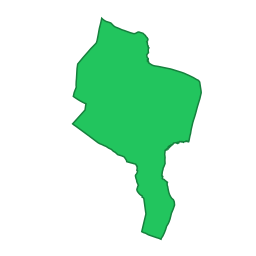 outline of Ban Dan, Buri Ram, Thailand, rotated 193°
{"feature_id": "78962969B34946496747939", "entity_name": "Ban Dan", "entity_type": "district", "adm_level": 2, "iso_a3": "THA", "parent_name": "Thailand", "parent_adm1": "Buri Ram", "projection": "albers", "projection_center": [103.173, 15.139], "detail": "fine", "context": "isolated", "style": "filled", "palette": "green", "viewbox_px": 256, "rotation_deg": 193, "n_neighbors": 0, "source": "geoboundaries", "source_scale": "gbopen_adm2", "svg_char_len": 5100}
<svg xmlns="http://www.w3.org/2000/svg" viewBox="0 0 256 256"><g transform="rotate(193 128 128)"><path d="M187.6,156.1L188.3,151.3L188.4,150.4L188.4,147.9L188.4,146.5L187.7,146.2L186.2,145.6L183.5,144.6L181.1,143.8L178.3,143.0L175.8,142.4L174.4,142.2L174.3,140.0L173.9,135.9L182.9,119.6L182.3,119.3L181.7,119.0L180.6,118.5L179.9,118.3L165.1,111.9L154.1,107.0L152.2,106.4L149.5,106.0L147.5,105.5L146.8,105.4L145.4,105.2L144.8,105.0L143.2,104.4L142.4,104.1L140.7,103.7L139.3,103.4L138.0,102.6L137.1,102.1L135.7,101.6L134.8,101.4L133.6,100.6L131.9,99.7L128.6,99.5L127.4,99.4L125.6,99.0L125.2,98.9L124.8,98.6L122.2,96.1L121.6,94.9L119.0,94.8L117.1,94.7L115.9,94.7L114.7,94.6L112.3,94.5L111.6,93.6L111.0,92.9L110.9,92.8L110.4,92.8L110.4,92.7L110.2,91.3L109.9,90.5L109.9,89.4L109.9,89.0L109.8,88.7L109.1,88.5L109.1,88.4L109.0,87.4L109.1,86.2L109.2,85.6L109.4,85.1L109.8,84.4L109.9,84.1L110.0,83.8L110.0,83.0L109.8,82.6L109.0,80.9L107.9,79.2L107.6,78.3L107.1,77.3L105.0,74.5L105.2,74.0L105.3,73.5L105.4,72.6L105.4,71.7L105.5,71.1L105.5,70.7L105.5,70.0L105.3,69.5L104.5,68.3L103.2,67.2L102.3,66.5L101.3,65.9L100.5,65.5L98.9,65.0L98.6,63.7L98.0,63.6L97.4,63.5L97.0,63.2L96.7,62.8L91.2,48.3L91.3,30.1L89.3,29.6L88.4,29.5L87.5,29.5L87.1,29.4L84.4,28.6L83.0,28.4L75.3,27.6L73.3,27.5L70.8,27.0L70.7,28.2L69.8,30.5L69.0,34.1L68.5,37.6L68.3,41.0L67.3,43.9L66.9,46.0L66.8,47.0L66.6,48.5L66.5,54.8L65.7,59.4L65.3,63.4L66.3,66.4L67.3,67.9L67.8,68.4L68.8,68.9L69.4,69.2L70.6,70.2L72.3,72.1L73.5,74.0L73.9,74.7L75.1,77.3L75.8,78.9L76.0,79.5L76.2,79.9L77.0,81.2L77.4,82.9L77.5,83.1L77.7,83.3L77.4,84.0L79.2,84.8L79.7,85.0L81.4,86.0L82.1,86.1L82.5,86.1L82.9,86.3L83.2,86.4L83.3,86.6L83.2,88.1L83.2,88.6L83.3,88.7L83.7,88.8L83.8,89.0L84.2,89.0L84.3,89.0L84.3,89.3L84.7,93.0L84.7,93.5L84.6,95.8L84.7,96.1L84.7,96.5L84.7,96.9L84.3,98.7L84.2,99.4L84.1,100.2L83.9,101.7L84.1,102.4L84.3,103.1L84.6,104.3L84.8,104.9L85.3,107.7L86.0,109.7L86.3,110.5L86.8,114.6L86.4,114.7L86.3,114.8L86.2,114.9L86.2,115.2L85.2,115.4L85.2,115.5L85.3,115.7L85.5,115.8L85.6,116.0L85.1,116.2L85.0,116.6L84.2,116.6L84.2,116.8L84.3,116.9L84.7,117.0L84.8,117.0L84.7,117.1L84.6,117.5L84.4,117.6L84.5,118.0L84.3,118.3L84.3,118.5L84.5,118.9L84.5,119.0L84.4,119.1L84.2,119.2L83.4,118.7L83.2,118.5L83.1,118.9L83.1,119.2L83.5,119.8L83.5,120.0L83.4,120.0L83.2,120.0L82.9,119.7L82.6,119.7L82.6,119.8L82.5,120.1L82.4,120.2L82.2,120.1L82.1,120.3L82.1,121.0L82.2,121.4L81.9,121.4L81.7,121.1L81.3,121.4L81.1,121.5L81.0,121.9L80.7,122.0L80.5,122.4L80.4,123.3L80.1,123.6L79.3,123.9L79.1,124.1L78.9,124.2L78.3,124.3L78.1,124.4L77.6,124.7L77.4,124.7L76.9,124.1L76.7,124.1L76.5,124.4L76.4,124.4L76.2,124.1L75.9,124.2L75.7,124.7L75.8,124.8L76.1,125.0L76.0,125.4L76.0,125.5L75.9,125.5L75.7,125.4L75.5,125.2L75.3,125.0L75.2,125.0L75.2,125.4L74.7,126.1L74.6,126.5L74.3,126.6L74.1,126.5L72.9,126.4L72.8,126.5L72.6,126.9L72.5,127.0L72.4,127.0L72.2,127.0L71.2,126.5L70.9,126.5L71.0,126.9L70.9,127.0L69.3,127.5L69.1,127.7L69.0,127.8L68.9,128.1L68.7,128.2L68.4,128.2L68.1,128.5L67.9,128.5L67.8,128.3L67.7,128.1L67.3,128.1L67.1,128.1L66.8,128.5L66.6,128.5L66.2,128.2L65.9,128.2L65.9,128.3L66.3,128.7L66.3,128.8L66.2,128.9L65.8,129.2L65.7,129.2L65.9,134.5L65.8,136.3L66.1,140.9L66.1,143.1L66.1,147.9L65.9,150.9L65.6,154.1L65.4,157.7L65.2,164.1L64.7,171.5L64.6,172.6L64.6,175.5L64.6,178.7L65.1,180.4L68.5,188.9L70.0,190.2L72.2,190.7L75.6,191.8L79.9,192.8L85.9,194.0L88.6,194.3L98.0,195.0L99.9,195.1L112.3,194.8L116.1,194.5L117.9,194.6L119.5,195.0L121.8,195.8L122.0,195.8L122.2,196.1L122.5,196.6L123.0,196.7L123.1,196.8L123.1,197.0L123.1,197.6L123.4,197.7L123.8,197.4L124.1,197.5L124.2,197.8L124.1,198.6L124.4,198.8L124.4,199.0L124.2,199.1L123.7,199.0L123.7,199.3L123.9,200.2L124.0,200.3L124.3,200.4L125.1,201.0L125.3,201.2L126.0,202.8L126.1,203.4L126.2,203.6L126.1,203.9L125.9,204.2L125.4,205.5L125.1,205.7L125.0,205.9L125.1,206.3L125.4,207.1L125.7,207.8L125.8,208.8L126.0,209.3L125.9,210.2L125.6,210.7L125.6,210.8L126.2,211.1L126.3,211.1L126.5,211.6L126.8,211.7L126.9,211.9L126.8,212.4L127.1,212.5L127.3,212.9L127.6,213.2L127.9,213.9L128.0,214.5L128.3,215.0L128.4,215.6L128.5,215.7L129.0,216.1L129.2,216.3L129.1,216.5L128.5,217.4L128.6,217.9L128.6,218.4L128.5,218.8L128.6,219.1L128.7,219.3L129.1,219.5L129.5,220.1L129.7,220.3L129.8,220.4L130.0,220.5L130.4,220.7L130.6,220.8L130.8,221.0L131.4,221.3L131.6,221.8L131.7,222.0L131.9,222.1L133.0,222.6L134.6,223.6L135.4,223.7L138.2,223.9L138.8,224.0L139.3,223.9L139.9,223.7L141.7,222.1L142.4,221.6L142.9,221.4L143.3,221.3L143.9,221.2L147.5,221.4L148.2,221.5L148.9,221.6L150.9,221.8L154.0,222.2L154.6,222.2L155.7,222.3L156.4,222.4L158.8,222.9L160.7,223.2L162.8,223.5L163.9,223.8L165.3,224.5L166.4,225.2L167.6,226.0L168.1,226.3L168.5,226.5L169.1,226.5L169.7,226.6L170.1,226.7L171.0,226.7L171.5,226.8L172.7,226.8L174.1,227.1L176.4,227.9L178.3,229.0L178.2,226.5L178.2,222.9L178.3,218.9L178.2,216.2L178.0,212.6L177.8,206.2L178.0,203.8L178.1,203.6L179.0,202.0L180.5,199.5L182.0,197.1L184.0,193.3L187.7,186.4L191.4,179.0L191.0,174.4L189.3,164.5L188.9,161.6L188.2,158.0L187.6,156.1Z" fill="#22c55e" stroke="#15803d" stroke-width="1.5"/></g></svg>